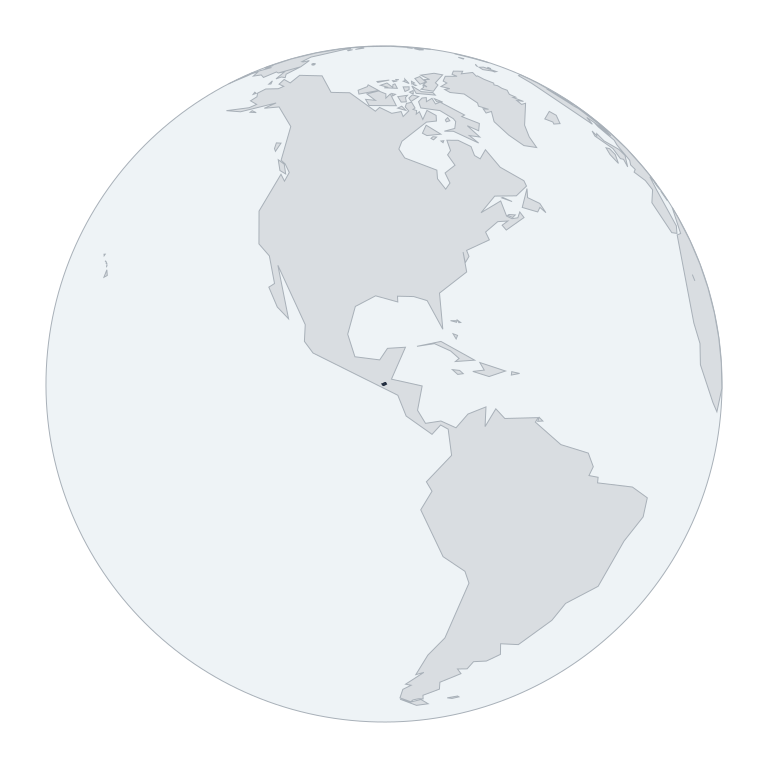 the Earth from above El Progreso, rotated 7°
{"feature_id": "GTM-1956", "entity_name": "El Progreso", "entity_type": "Department", "adm_level": 1, "iso_a3": "GTM", "parent_name": "Guatemala", "parent_adm1": "", "projection": "orthographic", "projection_center": [-90.123, 14.917], "detail": "fine", "context": "on_globe", "style": "filled", "palette": "slate", "viewbox_px": 768, "rotation_deg": 7, "n_neighbors": 0, "source": "natural_earth", "source_scale": "10m", "svg_char_len": 8823}
<svg xmlns="http://www.w3.org/2000/svg" viewBox="0 0 768 768"><g transform="rotate(7 384 384)"><circle cx="384" cy="384" r="338" fill="#eef3f6" stroke="#a8b0b8"/><path d="M453.2,421.0L445.2,417.8L437.8,428.1L409.9,413.1L399.1,393.5L309.8,361.9L299.8,351.4L298.6,334.7L264.2,279.1L281.3,330.9L268.7,320.6L257.9,301.9L263.1,297.6L254.6,270.8L242.8,260.2L238.9,227.6L256.2,188.4L260.5,194.8L264.2,185.6L259.0,177.5L254.6,174.5L260.1,139.8L246.1,121.8L231.6,124.9L242.7,118.2L208.4,131.3L194.3,131.9L216.5,126.2L223.5,122.0L217.0,119.2L222.9,114.4L223.1,110.7L230.7,105.6L243.1,103.8L248.2,100.8L243.3,99.2L247.8,93.9L254.2,96.6L262.7,87.9L285.0,85.7L295.9,101.0L314.5,99.1L342.2,114.3L345.9,110.0L358.7,114.4L367.8,111.5L370.4,116.2L375.3,110.0L371.3,106.4L372.1,102.8L377.1,101.0L381.2,106.3L379.3,107.9L383.1,108.6L383.1,112.2L385.9,109.4L390.3,116.7L393.3,107.2L403.0,111.1L404.0,116.6L394.2,118.9L372.2,140.9L370.1,149.0L377.0,157.1L410.4,165.3L412.1,173.8L421.5,183.1L425.0,176.5L418.9,167.1L427.8,158.2L419.2,148.8L421.6,144.2L416.7,134.4L427.8,133.1L441.4,137.7L446.0,146.2L452.0,148.8L456.1,139.1L472.9,154.7L498.1,165.2L501.3,170.2L492.4,181.1L471.0,184.0L459.4,202.2L477.5,188.1L485.2,202.4L490.9,204.3L496.6,202.7L497.8,196.7L502.7,201.7L486.6,216.3L481.9,212.0L487.1,207.1L477.1,209.0L466.3,220.8L471.0,228.1L449.7,241.3L452.8,247.0L449.9,253.7L446.4,243.4L452.4,262.7L428.0,287.0L435.7,322.5L416.7,296.0L402.9,293.6L386.7,295.2L387.7,300.9L364.9,297.5L346.1,310.5L341.9,339.0L351.8,360.5L376.8,360.6L383.1,348.2L400.8,344.9L390.8,378.3L422.1,381.3L420.5,406.0L430.0,418.0L445.0,413.8L460.8,418.7L471.0,403.6L488.0,394.3L489.5,414.0L498.0,395.0L508.1,403.5L541.1,398.6L538.9,403.4L566.9,422.6L595.2,427.7L601.8,440.6L598.6,449.9L607.9,450.5L608.0,456.1L643.1,456.0L659.2,464.9L657.4,484.3L641.4,510.6L621.2,558.7L591.0,579.6L579.4,598.1L549.1,626.3L531.4,627.6L532.5,638.2L519.4,646.5L506.7,648.7L501.2,656.6L491.7,657.9L495.7,662.1L475.8,673.2L476.2,680.1L460.6,688.2L461.2,691.8L456.9,692.1L451.3,694.0L449.3,696.1L438.1,693.6L439.9,684.8L447.6,679.7L442.0,679.3L458.7,665.4L451.0,668.6L460.6,647.7L475.4,628.6L492.6,571.3L487.2,560.1L463.7,548.2L435.8,504.4L444.7,484.6L438.0,475.9L459.8,446.6L453.2,421.0ZM93.0,312.2L95.0,304.4L96.1,310.0L93.0,312.2ZM94.7,299.3L94.3,302.0L94.4,299.7L94.7,299.3ZM93.8,297.3L94.5,298.8L93.4,297.9L93.8,297.3ZM92.1,295.7L93.1,296.2L92.9,296.5L92.1,295.7ZM435.3,334.8L471.1,349.3L452.1,353.0L455.4,349.5L446.1,343.1L429.2,337.8L412.1,342.6L435.3,334.8ZM90.6,290.8L90.3,289.3L91.5,289.1L90.6,290.8ZM448.4,313.9L442.3,313.0L448.1,312.4L448.4,313.9ZM251.7,174.3L258.2,178.0L260.8,187.5L254.7,184.8L251.7,174.3ZM247.8,157.8L252.4,157.5L247.9,166.3L246.6,163.7L247.8,157.8ZM219.9,128.8L224.1,130.2L218.0,130.6L219.9,128.8ZM221.8,111.1L218.8,112.5L220.2,110.1L221.8,111.1ZM410.9,135.9L413.7,135.2L413.2,137.3L410.9,135.9ZM406.1,132.5L403.4,135.6L400.7,134.5L402.4,132.6L406.1,132.5ZM233.1,100.4L236.3,96.7L235.2,100.0L233.1,100.4ZM410.0,129.1L396.3,132.2L391.6,130.4L394.3,122.0L410.0,129.1ZM239.6,94.3L247.2,86.3L241.1,88.2L262.7,79.3L249.1,88.4L248.6,92.0L244.8,91.8L239.6,94.3ZM367.8,106.1L372.4,109.8L364.0,108.5L367.8,106.1ZM362.3,106.3L335.3,109.4L331.0,103.7L340.9,103.5L331.7,98.2L342.9,93.8L350.5,95.8L351.0,100.1L354.9,95.3L362.3,106.3ZM273.4,76.2L277.1,74.4L275.6,76.0L273.4,76.2ZM371.8,101.2L366.7,102.1L362.7,97.1L372.1,94.6L370.4,97.0L371.8,101.2ZM323.8,99.3L322.5,95.6L331.2,90.9L331.8,89.0L342.8,93.3L323.8,99.3ZM373.8,97.2L376.9,93.6L383.4,94.5L376.5,100.2L373.8,97.2ZM357.6,97.0L356.2,94.7L360.1,95.1L357.6,97.0ZM407.9,97.0L401.9,97.4L399.3,94.7L407.9,97.0ZM377.7,92.3L375.5,92.0L373.8,91.2L377.1,89.2L377.7,92.3ZM348.1,90.0L352.0,89.1L344.1,87.9L350.3,84.9L356.5,88.5L356.4,85.7L358.3,84.8L361.2,88.9L348.1,90.0ZM375.3,84.8L385.4,89.3L397.0,88.8L399.7,91.0L380.5,91.6L375.3,84.8ZM366.8,86.8L372.7,86.0L373.0,88.8L369.2,91.1L366.8,86.8ZM352.2,81.7L341.1,85.4L340.2,84.6L352.2,81.7ZM378.7,84.0L376.2,83.0L379.5,83.6L378.7,84.0ZM360.3,81.6L356.5,82.9L355.5,81.9L360.3,81.6ZM374.4,80.2L377.6,81.5L375.1,82.9L374.4,80.2ZM367.9,80.4L367.4,78.7L372.3,82.7L366.3,81.1L367.9,80.4ZM359.9,80.5L358.1,80.3L361.7,80.1L359.9,80.5ZM382.0,74.5L388.7,79.2L383.2,82.1L377.4,77.0L382.0,74.5ZM455.4,699.0L438.4,694.9L448.6,696.7L459.1,692.6L466.8,696.0L455.4,699.0ZM485.0,687.8L495.1,684.7L496.5,685.4L489.8,687.8L485.0,687.8ZM616.2,138.5L613.6,136.2L620.8,143.0L623.2,145.3L630.2,152.6L622.6,145.9L630.4,157.4L654.9,191.4L656.4,198.8L651.2,198.7L627.8,171.4L626.9,158.5L618.6,150.2L606.4,143.2L607.2,140.4L602.1,136.5L600.6,132.0L586.2,118.5L582.8,114.0L565.4,102.7L561.3,99.3L572.8,106.6L578.9,110.0L569.0,101.3L563.6,97.8L553.1,91.5L551.7,90.6L574.4,104.8L596.0,120.8L616.2,138.5ZM551.7,90.6L542.8,85.8L535.3,81.9L551.7,90.6ZM532.7,80.5L537.8,83.6L525.7,78.1L512.3,72.0L509.5,71.3L531.2,81.4L538.8,85.1L543.4,86.9L565.1,99.6L571.1,104.2L552.8,94.7L559.2,100.8L542.2,92.1L494.0,67.6L480.0,61.6L481.4,60.4L492.8,64.1L496.0,65.3L499.4,66.4L532.7,80.5ZM389.7,46.1L366.0,47.0L350.1,48.0L353.2,47.5L389.7,46.1ZM352.7,47.5L326.3,51.2L310.4,54.2L313.0,53.7L301.8,56.6L306.6,55.6L307.0,55.7L280.5,65.3L271.7,68.4L263.2,74.1L264.5,74.2L270.5,72.1L262.7,79.3L241.1,88.2L239.2,87.4L227.0,94.4L224.5,92.2L216.8,94.3L221.2,89.3L214.7,92.3L210.6,94.9L198.7,101.7L193.2,105.1L214.6,91.6L214.8,91.5L233.8,83.6L227.6,85.2L234.4,81.8L235.4,80.9L230.6,82.9L226.7,84.9L229.2,83.6L252.7,72.6L276.9,63.5L301.7,56.3L327.0,50.9L352.7,47.5ZM719.9,347.1L717.8,371.0L712.7,362.3L695.7,326.3L692.7,305.3L684.1,285.7L656.8,200.3L660.1,198.5L648.8,174.3L649.1,174.4L655.9,183.4L670.2,204.4L682.9,226.4L693.9,249.3L703.1,272.9L710.6,297.2L716.2,322.0L719.9,347.1ZM676.7,237.8L680.0,243.8L676.7,237.8ZM542.1,398.2L546.2,401.4L541.1,402.3L542.1,398.2ZM450.1,361.4L457.4,361.3L461.4,364.1L456.0,365.5L450.1,361.4ZM509.3,356.2L517.3,357.0L509.3,359.6L509.3,356.2ZM476.5,351.0L503.0,356.3L487.4,363.8L470.6,360.7L481.8,358.0L476.5,351.0ZM446.4,325.7L451.1,326.8L450.1,330.5L446.4,325.7ZM452.6,313.6L450.9,314.0L448.3,311.2L452.6,313.6ZM486.1,201.5L487.5,200.5L493.7,200.2L491.5,203.0L486.1,201.5ZM516.6,185.8L523.8,194.2L517.2,189.7L515.6,194.5L499.7,191.9L502.1,172.6L503.8,181.5L516.6,185.8ZM479.1,184.3L488.9,187.3L478.1,184.9L479.1,184.3ZM575.6,122.5L579.1,122.9L585.6,128.1L589.8,136.5L580.4,128.7L575.6,122.5ZM582.5,122.4L563.1,112.2L559.7,107.5L564.9,111.7L564.6,109.5L572.8,115.9L588.5,122.5L595.3,127.7L599.4,138.8L594.4,131.8L591.2,131.5L582.5,122.4ZM519.7,103.4L511.3,101.3L514.8,93.3L522.2,96.3L527.0,104.1L520.9,105.3L519.7,103.4ZM417.3,114.7L413.9,116.2L412.7,114.5L414.7,111.8L417.3,114.7ZM405.3,97.4L431.2,107.2L428.6,109.1L446.9,113.8L447.1,121.1L435.2,117.5L449.0,127.2L438.4,127.0L448.6,133.3L422.1,124.7L413.1,125.7L423.1,121.7L423.2,114.8L420.5,112.2L406.2,105.8L386.9,105.5L383.9,99.6L386.9,95.5L391.1,94.6L391.7,98.6L396.8,94.6L401.0,99.8L405.3,97.4ZM424.0,64.0L423.0,66.7L434.0,64.0L438.2,67.3L439.2,66.8L446.1,69.4L456.2,72.0L456.7,73.7L460.4,74.1L465.1,76.2L470.4,77.4L473.1,81.2L479.7,83.2L477.2,83.9L488.0,86.5L481.2,86.4L486.5,89.7L490.3,88.1L492.0,110.0L498.0,121.0L506.7,130.7L493.8,130.3L477.4,121.7L461.3,110.2L457.4,100.4L452.3,102.6L448.9,98.8L454.3,98.6L443.9,96.7L442.6,93.7L428.2,86.4L414.0,86.6L408.4,84.3L413.3,82.8L404.3,81.8L409.7,77.6L405.8,76.1L407.3,71.1L419.0,69.7L413.8,68.3L414.7,65.0L424.0,64.0ZM382.8,73.0L395.8,69.5L404.5,70.0L398.3,78.8L401.1,80.7L397.4,87.4L384.9,86.9L387.1,84.9L386.3,82.9L390.5,83.9L386.6,81.7L389.5,79.1L387.2,76.9L392.1,76.2L382.8,73.0ZM636.6,160.5L634.9,158.3L642.1,166.3L643.1,167.7L636.6,160.5ZM627.7,150.8L634.2,157.5L631.3,154.7L627.7,150.8ZM570.5,104.6L568.0,102.4L570.1,103.6L574.4,106.6L570.5,104.6ZM457.6,60.2L455.7,60.8L453.4,60.2L443.7,59.9L439.8,58.0L444.2,57.4L457.6,60.2ZM451.8,58.0L448.2,58.0L448.5,57.1L451.8,58.0ZM436.5,56.6L435.7,55.4L438.2,57.7L436.5,56.6ZM447.3,52.1L448.8,52.4L433.0,50.0L413.7,47.6L431.6,49.6L441.9,51.1L442.1,51.1L447.3,52.1ZM372.3,46.7L370.8,47.4L366.3,47.4L366.0,47.2L372.3,46.7ZM375.0,46.9L382.7,47.5L378.6,48.1L373.3,47.5L375.0,46.9ZM417.9,50.7L423.4,51.3L423.1,51.8L417.9,50.7ZM274.6,74.5L276.9,74.4L273.0,75.6L274.6,74.5ZM309.9,55.1L309.8,55.5L305.3,56.5L309.9,55.1ZM307.0,57.5L312.1,56.0L308.0,57.6L307.0,57.5ZM323.4,53.0L314.8,55.4L321.0,53.1L323.4,53.0Z" fill="#d9dde1" stroke="#a8b0b8" stroke-width="1"/><path d="M382.4,384.4L382.3,384.2L382.5,384.2L383.0,384.2L383.1,383.8L384.0,383.1L384.5,382.8L384.7,382.7L384.9,382.6L385.1,382.6L385.4,382.6L385.6,382.9L385.9,383.3L385.6,383.3L385.8,383.8L386.0,383.9L386.0,384.0L385.8,384.1L385.6,384.2L385.4,384.3L385.1,384.6L384.8,384.7L384.6,384.8L384.3,385.1L384.2,385.1L383.9,385.2L383.7,385.2L383.7,385.3L383.4,385.3L382.9,385.1L382.7,384.9L382.8,384.8L382.8,384.7L382.7,384.4L382.4,384.4Z" fill="#64748b" stroke="#1e293b" stroke-width="1.5"/></g></svg>